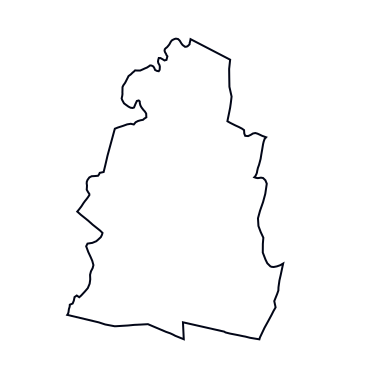 Dangkao, Phnom Penh, Cambodia, rotated 103°
{"feature_id": "14789045B25120607736063", "entity_name": "Dangkao", "entity_type": "district", "adm_level": 2, "iso_a3": "KHM", "parent_name": "Cambodia", "parent_adm1": "Phnom Penh", "projection": "albers", "projection_center": [104.846, 11.473], "detail": "fine", "context": "isolated", "style": "outline", "palette": "ink", "viewbox_px": 384, "rotation_deg": 103, "n_neighbors": 0, "source": "geoboundaries", "source_scale": "gbopen_adm2", "svg_char_len": 3236}
<svg xmlns="http://www.w3.org/2000/svg" viewBox="0 0 384 384"><g transform="rotate(103 192 192)"><path d="M339.8,285.9L340.0,253.5L340.6,246.8L340.2,237.1L339.8,235.6L336.4,224.1L334.5,218.5L332.7,212.1L330.7,205.2L334.1,185.9L334.3,184.1L334.6,181.4L335.2,178.5L335.9,175.9L336.2,173.9L337.3,166.9L321.0,171.5L320.8,129.2L321.3,127.8L321.4,123.1L321.1,114.7L321.0,109.9L320.9,107.5L321.0,102.6L320.4,93.2L318.5,93.1L313.5,92.0L308.0,90.8L301.0,88.8L294.1,86.9L289.6,85.8L287.0,85.0L285.6,84.6L279.8,87.3L272.2,86.1L268.5,85.7L265.4,86.3L258.5,86.9L253.5,86.9L241.3,87.1L241.2,87.1L243.5,89.6L245.4,92.6L246.7,95.5L247.0,97.6L246.8,98.9L244.5,102.6L241.3,105.2L235.1,109.4L226.6,111.3L220.5,112.2L215.5,116.1L210.2,119.6L202.8,121.8L195.0,121.5L185.9,120.5L178.1,120.2L177.1,120.2L167.1,121.0L164.1,123.1L162.4,125.9L162.5,128.0L163.7,131.0L163.8,132.8L163.6,134.6L162.2,133.8L159.7,133.2L158.3,133.1L156.8,133.2L153.8,133.2L150.5,132.8L147.6,132.7L144.3,132.6L139.9,132.9L134.4,133.2L129.5,133.5L126.9,133.5L124.0,133.2L122.0,132.1L121.5,136.3L120.8,139.4L120.4,141.4L120.3,143.6L121.3,145.8L123.1,147.6L124.9,149.9L125.3,152.8L123.3,154.2L120.0,155.2L119.0,157.6L118.1,161.1L117.4,164.6L116.1,170.0L115.1,173.4L113.3,173.5L108.2,173.6L101.4,173.8L96.6,174.2L90.1,174.9L81.1,179.2L71.1,181.7L63.7,183.5L54.5,184.6L43.4,227.8L45.9,227.7L47.1,227.8L48.7,227.6L50.8,229.0L51.5,229.8L52.1,231.4L50.9,234.2L49.6,235.8L47.3,238.0L46.1,240.0L46.2,242.2L46.9,243.5L48.1,245.0L48.9,245.8L50.5,246.5L51.9,246.9L53.4,247.3L55.2,248.2L56.4,248.8L57.9,250.0L59.0,250.6L60.6,250.5L62.0,249.6L63.2,248.4L64.4,247.6L65.3,246.5L69.0,246.6L70.0,248.4L69.3,250.4L68.6,252.8L68.9,254.5L71.0,254.6L72.5,254.5L74.0,253.8L75.7,252.2L77.2,251.5L80.2,251.0L81.8,251.6L81.9,253.3L81.4,255.4L79.7,256.6L78.4,257.9L77.9,259.8L78.1,261.3L79.5,262.5L81.0,264.0L82.1,265.6L83.5,267.4L85.3,269.8L86.0,272.7L86.3,274.8L87.6,275.6L89.0,276.7L91.2,278.1L93.3,279.9L95.0,280.3L97.8,281.0L100.6,281.7L103.5,282.9L105.4,283.3L108.2,282.7L110.7,282.2L112.1,281.8L114.1,281.6L116.7,281.6L118.2,280.6L120.9,278.2L121.8,276.2L123.1,273.1L123.7,270.8L123.5,268.8L122.7,267.5L119.0,266.9L115.7,266.2L114.8,264.5L115.5,263.3L117.0,262.9L119.2,261.8L120.9,260.3L122.9,257.9L124.2,256.0L125.9,254.3L129.5,253.3L131.3,255.0L132.7,256.0L133.7,258.3L135.0,260.6L136.7,262.6L139.3,263.9L139.3,267.0L140.7,270.4L143.1,274.1L145.9,278.8L147.7,281.4L149.6,281.5L175.6,282.5L185.1,282.5L192.4,282.6L193.4,284.7L194.1,286.2L196.0,286.6L197.3,287.2L198.3,290.2L199.2,293.3L200.9,295.3L203.7,296.5L205.7,296.8L207.5,296.5L209.2,295.8L211.4,295.4L213.4,295.1L215.4,293.3L217.0,291.6L218.1,291.3L221.0,292.4L223.0,293.3L224.8,294.2L227.4,295.3L230.8,296.5L234.1,298.0L236.9,299.4L237.8,297.7L239.2,295.2L241.1,291.2L243.4,286.5L246.2,281.4L248.9,275.7L250.3,272.8L252.0,270.0L254.0,270.1L256.5,270.7L259.6,272.8L261.5,274.2L264.0,277.7L265.8,282.2L268.7,282.9L273.9,279.5L278.1,276.2L281.5,273.7L285.4,271.6L288.6,271.7L292.0,272.6L295.6,272.7L300.0,271.5L304.4,271.1L309.1,271.9L313.1,274.0L317.8,276.7L319.9,278.2L318.8,281.0L320.8,282.8L324.4,282.7L327.5,283.2L329.3,285.7L331.3,285.4L333.8,285.6L337.1,285.3L338.7,285.5L339.8,285.9Z" fill="none" stroke="#020617" stroke-width="2"/></g></svg>